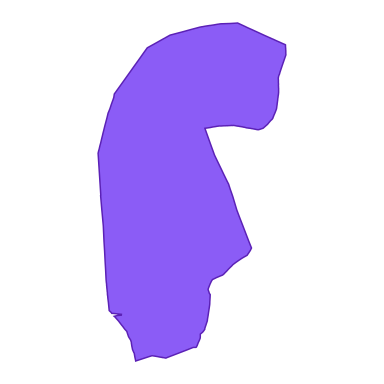 outline of Rozendaal, Gelderland, Netherlands
{"feature_id": "6326949B60180750903375", "entity_name": "Rozendaal", "entity_type": "district", "adm_level": 2, "iso_a3": "NLD", "parent_name": "Netherlands", "parent_adm1": "Gelderland", "projection": "albers", "projection_center": [5.979, 52.039], "detail": "fine", "context": "isolated", "style": "filled", "palette": "violet", "viewbox_px": 384, "rotation_deg": 0, "n_neighbors": 0, "source": "geoboundaries", "source_scale": "gbopen_adm2", "svg_char_len": 5786}
<svg xmlns="http://www.w3.org/2000/svg" viewBox="0 0 384 384"><path d="M147.3,47.8L144.2,52.1L140.1,57.9L134.3,66.0L128.4,74.3L123.2,81.6L114.3,94.0L113.8,97.4L113.1,99.5L112.2,102.0L111.4,104.2L110.0,108.5L109.0,111.0L108.8,111.5L108.1,113.1L107.0,117.7L104.7,126.4L103.8,130.1L103.0,133.2L102.4,135.8L101.7,138.6L100.7,142.9L99.8,146.2L99.3,148.5L99.0,149.7L98.8,150.2L98.1,153.2L100.8,195.3L100.6,195.5L101.7,208.4L103.3,225.9L104.0,241.3L104.6,251.2L105.1,261.1L105.6,269.7L106.1,279.9L106.3,282.1L106.4,282.8L106.5,283.5L106.6,284.7L106.6,285.4L106.7,286.1L106.8,286.7L106.8,287.4L107.2,291.1L107.2,291.6L107.3,292.0L107.4,292.8L107.4,293.6L107.4,294.1L107.5,295.1L107.7,296.2L107.8,297.6L107.9,298.5L108.1,300.2L108.2,300.9L108.4,302.5L109.2,310.6L111.2,312.5L111.8,313.4L113.1,313.4L119.3,314.1L121.4,314.3L121.3,315.2L117.5,315.5L114.2,316.3L115.0,317.0L116.3,318.5L118.0,320.4L118.7,321.2L119.8,322.7L121.8,325.3L122.8,326.5L124.4,328.7L124.8,329.2L126.8,331.4L127.2,332.7L127.9,334.8L128.5,336.6L129.0,337.5L129.9,338.9L130.7,340.2L131.0,341.3L131.3,342.0L131.3,342.3L131.4,343.4L131.6,344.6L131.7,345.4L131.8,346.0L132.3,348.4L132.5,349.5L133.1,350.9L133.7,352.3L134.2,353.2L134.5,354.9L134.8,356.7L135.1,358.2L135.2,358.5L135.4,359.5L135.6,360.4L135.7,361.0L138.4,360.1L141.8,359.0L149.1,356.6L152.1,355.7L153.3,355.9L154.7,356.1L156.4,356.4L157.6,356.6L160.0,357.1L160.9,357.2L161.8,357.4L162.3,357.5L162.3,357.4L165.9,358.1L166.3,357.9L167.2,357.5L170.6,356.2L178.7,353.1L180.5,352.4L181.8,351.9L182.1,351.8L183.6,351.2L184.4,350.9L185.2,350.6L185.5,350.5L186.4,350.1L187.5,349.7L188.0,349.5L192.0,347.9L192.7,347.6L193.2,347.5L193.5,347.4L193.9,347.4L194.0,347.4L194.5,347.4L195.8,347.4L196.4,347.1L196.8,346.2L197.0,345.8L197.1,345.7L197.3,345.2L197.6,344.4L197.9,343.5L198.1,343.1L198.4,342.3L198.5,342.1L198.6,341.9L199.1,340.9L199.6,339.7L200.2,338.1L200.3,336.7L200.3,335.5L200.3,334.1L202.4,332.4L202.5,332.3L202.7,332.1L203.2,331.5L203.6,331.0L204.7,329.4L204.8,329.2L204.8,328.5L204.8,328.4L205.5,326.3L206.1,324.6L206.2,324.2L207.3,320.9L207.5,319.0L208.1,315.5L208.6,312.0L209.2,308.2L209.6,305.4L209.7,304.6L209.8,303.0L209.8,302.1L209.9,300.6L210.1,297.1L210.2,294.6L209.7,293.8L209.5,293.7L209.4,293.5L209.1,292.6L209.0,292.2L208.6,291.0L208.4,290.5L208.2,289.9L208.1,289.5L208.1,289.4L208.4,288.3L210.0,284.2L211.4,281.2L212.5,279.5L212.8,279.4L215.3,278.2L216.4,277.6L217.9,277.0L220.7,275.8L220.8,275.8L221.0,275.7L221.5,275.5L222.0,275.3L222.3,275.2L222.7,275.0L222.8,274.9L223.4,274.4L223.7,274.2L224.9,272.9L225.7,272.1L226.7,271.1L227.1,270.7L227.4,270.3L227.7,270.0L228.3,269.3L229.1,268.5L229.8,267.8L230.8,266.8L231.2,266.5L232.5,265.1L232.8,264.7L236.3,262.1L238.6,260.5L241.1,258.8L242.2,258.1L243.9,257.1L247.1,255.3L250.3,250.5L251.4,248.2L251.5,248.0L249.2,242.3L248.3,240.0L246.0,234.0L242.9,225.9L239.9,218.2L236.8,210.0L232.8,196.6L231.5,192.8L230.6,190.3L230.1,188.8L228.8,184.8L228.7,184.3L227.2,181.4L223.4,173.6L221.6,169.8L217.2,160.7L214.5,155.1L213.5,152.3L210.6,144.3L207.1,134.5L204.9,128.3L210.5,127.5L211.3,127.3L212.7,127.0L213.3,126.9L215.4,126.6L217.5,126.2L218.1,126.2L218.8,126.0L219.1,126.0L219.5,126.0L220.1,126.0L221.2,126.0L222.3,125.9L223.7,125.8L225.2,125.8L226.4,125.7L227.8,125.7L228.9,125.6L229.6,125.6L231.0,125.5L231.4,125.4L231.7,125.5L233.1,125.5L233.6,125.4L233.8,125.4L234.7,125.6L235.0,125.6L236.3,125.9L237.5,126.1L237.9,126.1L238.2,126.1L239.0,126.3L239.6,126.4L239.9,126.5L240.1,126.5L240.3,126.5L240.9,126.6L241.1,126.7L241.3,126.7L241.6,126.7L242.0,126.7L242.1,126.8L242.4,126.9L242.7,126.9L243.0,127.0L243.8,127.2L244.2,127.2L244.6,127.3L245.4,127.5L246.0,127.7L246.9,127.9L247.2,127.9L247.6,128.0L247.9,128.0L248.1,128.0L248.4,128.1L248.6,128.1L248.8,128.1L249.0,128.1L249.5,128.2L250.1,128.3L250.4,128.3L250.8,128.4L251.6,128.6L252.5,128.7L254.0,129.0L255.6,129.3L256.4,129.5L257.0,129.6L257.8,129.7L258.1,129.7L258.5,129.7L259.0,129.6L260.8,129.0L262.6,128.4L262.9,128.3L263.1,128.2L263.3,128.1L263.5,127.9L264.5,127.0L265.3,126.3L266.3,125.4L267.0,124.8L267.4,124.5L267.6,124.2L268.0,123.8L268.3,123.4L268.6,123.0L270.4,120.9L271.0,120.3L271.6,119.7L271.8,119.6L272.1,119.3L272.2,119.1L272.3,119.0L272.6,118.6L272.8,118.3L272.9,118.0L273.0,117.6L273.2,117.2L273.3,116.8L273.4,116.6L273.5,116.5L273.6,116.0L273.7,115.8L273.8,115.6L273.9,115.4L274.1,114.8L274.5,114.0L274.7,113.5L274.8,113.3L275.2,112.3L275.4,111.8L275.5,111.5L276.1,110.0L276.2,109.6L276.4,109.2L276.5,108.8L276.6,108.2L276.7,107.5L276.9,105.9L277.0,105.3L277.1,104.6L277.2,103.5L277.3,102.6L277.4,102.3L277.5,101.2L277.6,100.7L277.7,99.8L277.7,99.3L277.8,98.8L277.8,98.4L278.0,97.5L278.0,97.3L278.2,95.6L278.3,95.2L278.4,94.7L278.4,94.4L278.4,94.2L278.5,93.9L278.5,93.2L278.6,92.7L278.6,92.1L278.6,91.8L278.6,91.5L278.6,91.3L278.6,90.7L278.6,89.6L278.6,88.9L278.6,88.4L278.6,88.0L278.5,87.6L278.5,87.1L278.5,86.4L278.4,85.0L278.5,84.8L278.5,83.7L278.4,82.6L278.4,82.0L278.4,81.4L278.4,80.6L278.4,79.8L278.3,79.3L278.3,78.9L278.3,78.5L278.3,78.2L278.3,77.7L278.4,77.3L278.5,77.2L278.5,76.9L278.6,76.6L278.6,76.4L278.6,76.2L278.8,75.7L279.2,74.7L279.3,74.5L279.5,74.1L279.9,72.5L281.8,66.8L282.4,65.0L285.9,54.9L285.8,53.6L285.8,51.7L285.8,50.8L285.8,50.6L285.7,49.8L285.7,48.9L285.5,46.4L285.5,44.9L285.3,44.7L284.7,44.4L282.8,43.6L280.8,42.7L280.4,42.5L276.3,40.7L273.1,39.2L272.3,38.9L264.5,35.4L258.2,32.5L254.7,30.9L252.1,29.7L249.6,28.6L246.3,27.1L245.8,26.8L237.6,23.0L235.2,23.2L230.1,23.5L226.7,23.6L224.2,23.7L220.9,23.8L220.0,23.9L218.1,24.2L217.9,24.2L215.0,24.7L214.6,24.8L213.3,25.0L210.7,25.4L210.1,25.5L209.6,25.5L205.1,26.2L203.5,26.5L202.5,26.7L201.6,26.8L199.6,27.2L197.4,27.8L191.4,29.4L182.3,31.9L170.1,35.1L163.1,39.0L154.0,44.1L152.0,45.2L147.3,47.8Z" fill="#8b5cf6" stroke="#5b21b6" stroke-width="1.5"/></svg>